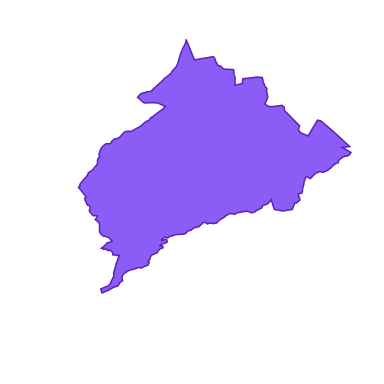 the district of San Nicolás de los Ranchos, Puebla, Mexico, rotated 128°
{"feature_id": "50627088B88938023888271", "entity_name": "San Nicolás de los Ranchos", "entity_type": "district", "adm_level": 2, "iso_a3": "MEX", "parent_name": "Mexico", "parent_adm1": "Puebla", "projection": "albers", "projection_center": [-98.533, 19.087], "detail": "fine", "context": "isolated", "style": "filled", "palette": "violet", "viewbox_px": 384, "rotation_deg": 128, "n_neighbors": 0, "source": "geoboundaries", "source_scale": "gbopen_adm2", "svg_char_len": 6007}
<svg xmlns="http://www.w3.org/2000/svg" viewBox="0 0 384 384"><g transform="rotate(128 192 192)"><path d="M58.5,207.0L61.3,211.5L62.9,213.0L71.5,221.7L75.4,219.2L77.5,220.7L81.3,223.8L76.9,227.4L76.3,227.6L75.1,228.6L74.1,230.5L72.2,232.7L71.6,232.8L71.4,233.0L71.4,233.5L70.8,233.7L70.3,234.1L70.1,235.0L75.4,242.1L75.3,242.8L75.7,244.0L75.2,246.3L75.1,247.0L76.2,249.0L76.0,250.3L75.4,251.3L75.2,252.1L75.1,253.1L74.7,253.2L74.0,254.4L73.2,255.3L72.7,256.7L72.5,257.3L72.5,257.7L72.2,258.5L86.4,271.5L76.9,287.8L75.4,290.7L76.5,289.8L79.5,288.5L83.0,288.0L85.2,287.5L90.4,286.0L100.0,282.2L103.0,281.6L108.5,282.0L111.4,281.7L114.5,282.3L119.5,283.6L122.1,283.8L131.1,285.3L133.6,285.8L137.7,286.3L139.6,287.9L140.2,288.7L141.4,289.7L143.0,290.6L144.7,292.1L146.6,292.9L148.8,293.2L151.1,293.1L150.8,291.6L150.9,290.4L151.2,288.2L151.4,286.0L151.2,284.6L150.0,282.8L148.8,281.5L145.8,277.9L144.4,276.0L142.9,273.7L142.0,269.8L141.5,268.3L141.5,266.8L141.0,265.8L143.7,265.9L145.0,266.1L146.5,266.5L148.4,267.2L157.4,269.5L158.8,270.3L160.8,270.0L162.3,270.2L163.2,270.9L165.3,271.6L166.4,272.1L169.3,272.5L170.4,272.9L171.8,273.0L179.7,276.5L181.3,277.1L182.0,277.6L183.3,279.6L185.1,281.4L185.8,281.9L187.1,282.3L192.3,282.6L194.3,283.0L195.2,283.4L197.7,285.5L198.5,285.9L199.2,285.9L200.5,286.2L201.5,286.6L202.3,286.2L203.7,286.1L204.6,286.5L205.3,287.1L205.9,288.6L206.6,289.2L207.5,289.7L210.0,290.3L212.3,290.5L214.5,290.4L218.9,288.7L219.6,288.6L220.2,287.5L221.1,286.7L223.6,286.6L225.5,285.9L226.6,284.7L228.5,283.9L229.5,283.7L232.0,284.0L233.2,283.9L236.2,284.0L237.8,284.4L239.3,285.1L240.9,285.6L242.4,284.7L252.4,285.1L253.9,285.2L256.0,284.7L256.3,283.9L258.4,284.2L258.8,281.6L260.5,274.6L260.9,272.3L263.1,272.7L264.3,270.9L266.4,267.1L266.6,265.9L266.0,264.8L266.1,263.7L267.7,262.2L269.9,261.6L270.8,259.8L271.0,258.3L271.5,255.4L271.3,254.7L270.8,254.4L270.4,253.9L269.4,252.3L269.1,251.6L271.1,251.4L273.3,251.3L273.4,250.3L273.3,249.3L273.4,246.7L274.6,244.7L278.1,242.2L280.3,240.3L280.9,238.9L281.3,236.7L281.4,234.8L280.9,233.9L280.2,232.8L279.8,231.3L279.3,229.9L279.1,228.5L279.8,226.6L279.4,225.9L279.4,225.6L279.6,225.0L280.4,224.4L280.5,224.4L281.1,225.0L281.2,225.4L282.7,226.2L282.9,226.4L283.9,227.0L284.0,227.4L284.3,227.6L284.8,227.7L286.5,227.4L286.8,227.4L287.4,227.8L288.6,228.0L289.1,227.8L289.8,227.9L290.6,228.7L291.2,228.6L291.9,228.7L291.7,228.4L291.9,227.7L291.9,227.2L291.7,226.7L291.3,226.0L290.9,225.7L290.4,225.5L290.2,224.9L289.7,224.5L290.0,223.5L290.1,222.4L290.0,222.2L289.6,222.0L289.1,222.2L288.8,222.1L288.6,221.8L288.6,221.4L288.8,221.0L288.4,219.9L288.2,218.9L288.3,218.4L288.7,217.7L288.7,217.0L288.9,216.7L290.2,216.0L290.3,215.7L290.2,215.2L289.8,214.9L289.3,214.7L289.0,213.7L288.7,213.5L288.5,212.6L288.5,212.0L286.9,211.3L287.0,210.7L287.2,210.4L287.2,210.0L288.3,209.8L289.7,209.3L290.3,209.2L292.8,208.3L294.3,207.9L304.0,203.9L306.6,201.8L310.8,200.9L312.4,200.7L314.4,199.9L315.1,199.7L315.5,200.2L316.4,199.9L317.1,200.2L317.5,200.2L317.8,200.5L318.4,200.5L318.6,200.7L319.1,201.0L319.6,201.6L320.0,201.7L324.6,204.2L325.8,202.5L327.4,200.6L327.0,200.8L324.8,199.5L322.9,198.6L321.0,197.3L319.4,196.8L315.6,195.2L313.1,193.6L311.7,192.6L308.0,192.9L306.5,192.7L304.6,192.0L303.8,193.2L302.5,194.4L301.0,195.3L298.5,195.4L293.4,193.7L291.2,192.5L288.7,190.3L286.4,189.0L284.6,187.6L283.7,186.6L283.2,185.2L282.5,184.6L281.8,184.5L280.8,184.1L276.7,181.6L274.6,182.4L273.8,182.2L273.0,184.3L271.3,183.7L267.2,185.2L261.2,182.0L258.4,182.5L257.8,182.1L256.8,182.1L255.9,181.9L253.7,180.4L252.5,182.1L254.4,183.9L253.9,184.4L253.0,183.8L252.7,184.1L251.4,183.6L249.0,181.7L247.9,181.1L246.8,180.9L246.4,180.7L245.1,182.7L246.1,183.8L247.4,185.1L248.3,185.8L249.0,186.0L248.2,186.8L246.7,186.1L245.2,186.0L244.6,185.8L244.0,184.2L242.9,182.6L241.9,182.7L240.8,182.3L239.7,181.2L237.0,179.5L235.4,178.5L234.5,177.5L233.8,176.6L233.2,176.1L233.2,175.9L232.7,175.6L232.4,174.9L231.5,173.9L230.7,173.3L230.4,172.6L229.8,172.2L229.4,171.8L228.8,171.7L228.5,171.5L228.2,171.4L227.6,171.5L227.3,171.3L226.9,171.4L226.5,171.5L225.5,171.3L223.9,170.1L222.2,169.1L219.4,168.5L218.7,168.1L217.9,167.8L217.7,167.7L217.6,167.1L217.4,167.2L215.8,166.3L215.9,165.8L215.4,165.8L215.2,165.6L214.8,165.0L214.4,165.1L209.1,164.2L208.2,163.4L207.4,160.9L207.6,160.1L206.8,159.8L204.3,157.1L203.8,155.7L203.3,155.1L200.6,153.2L199.5,153.5L198.4,153.4L195.1,152.3L192.9,151.3L191.9,151.2L191.4,150.7L190.5,151.0L188.6,150.2L188.1,149.8L186.6,149.5L185.1,148.2L183.9,145.9L183.7,145.0L182.7,144.3L181.4,144.2L173.8,137.5L172.5,135.2L172.1,132.9L171.0,131.6L168.5,130.0L167.8,130.0L166.0,129.3L164.4,128.6L162.2,127.4L160.9,127.4L159.5,128.1L154.8,125.0L152.9,125.1L151.3,124.6L149.2,124.9L154.3,117.6L155.0,116.5L154.4,114.8L153.5,113.6L151.9,110.6L151.9,109.9L150.6,108.3L144.0,102.2L140.4,103.4L137.0,104.1L136.6,103.1L133.6,102.4L132.3,101.9L130.6,103.2L129.9,104.4L129.2,106.2L127.7,106.9L125.7,105.0L124.7,104.8L123.5,105.4L121.0,107.1L117.0,108.6L115.4,109.7L112.3,110.8L110.2,111.4L109.4,111.2L108.9,110.0L109.0,109.0L108.9,107.9L108.8,107.3L108.4,106.9L103.8,106.6L101.0,106.0L98.0,104.4L96.5,102.8L96.3,101.6L95.5,100.7L94.1,99.8L92.2,98.8L90.5,98.1L88.9,98.0L87.2,97.3L85.4,97.4L81.1,96.2L79.7,95.4L78.8,94.8L78.1,95.2L77.5,95.5L76.4,95.7L74.7,95.5L73.1,95.0L71.2,94.5L69.0,92.9L68.4,92.0L65.6,90.8L63.2,91.3L63.0,91.2L64.3,101.1L59.1,95.7L57.4,116.4L56.6,134.0L57.0,135.0L58.1,137.4L76.3,135.0L78.2,142.0L78.4,142.9L78.1,144.4L77.2,146.6L75.0,147.6L73.6,147.9L71.0,168.2L70.8,169.1L70.3,169.6L69.8,170.3L68.2,171.8L68.4,174.6L70.5,176.5L74.4,180.3L75.3,181.6L76.3,182.6L77.5,184.6L77.8,188.8L77.3,188.7L76.8,188.8L76.5,189.2L75.1,189.3L74.4,189.6L73.0,189.8L72.5,190.2L70.9,190.6L70.3,191.0L69.6,191.7L69.3,192.5L68.7,192.8L68.2,193.2L67.5,194.2L66.8,195.2L66.2,195.7L64.4,196.6L64.1,197.1L64.1,198.7L63.6,199.9L62.7,201.4L62.1,202.2L61.7,203.2L60.9,204.2L59.8,205.4L59.3,206.2L58.5,207.0Z" fill="#8b5cf6" stroke="#5b21b6" stroke-width="1.5"/></g></svg>